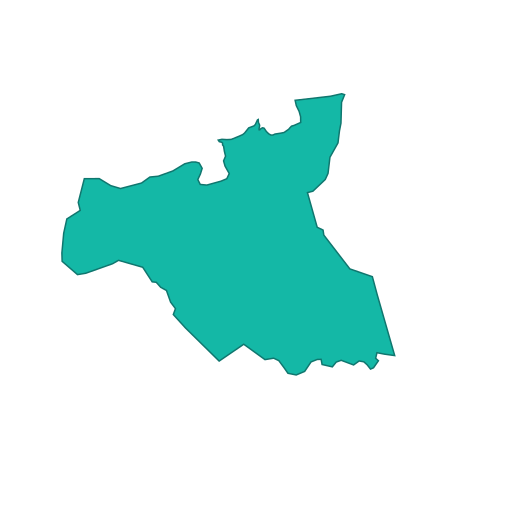 Akpabuyo, Cross River, Nigeria (Natural Earth projection), rotated 56°
{"feature_id": "59680162B58958286313368", "entity_name": "Akpabuyo", "entity_type": "district", "adm_level": 2, "iso_a3": "NGA", "parent_name": "Nigeria", "parent_adm1": "Cross River", "projection": "natural_earth1", "projection_center": [8.451, 4.951], "detail": "fine", "context": "isolated", "style": "filled", "palette": "teal", "viewbox_px": 512, "rotation_deg": 56, "n_neighbors": 0, "source": "geoboundaries", "source_scale": "gbopen_adm2", "svg_char_len": 1762}
<svg xmlns="http://www.w3.org/2000/svg" viewBox="0 0 512 512"><g transform="rotate(56 256 256)"><path d="M171.6,414.4L175.1,406.8L182.2,379.2L182.7,372.4L202.0,356.2L219.4,356.5L222.0,353.4L228.7,352.5L234.5,349.5L246.5,352.6L254.6,352.2L258.3,357.3L276.2,354.7L322.5,345.3L322.3,315.5L346.9,306.5L350.6,298.5L355.5,295.6L364.5,295.2L371.1,295.1L377.1,289.2L378.9,280.2L374.6,269.6L376.0,263.1L378.1,259.8L382.9,261.9L390.6,254.7L388.8,248.8L390.1,243.7L400.9,236.0L400.7,229.2L404.0,225.8L408.3,224.7L413.8,224.3L414.4,221.1L411.3,213.1L407.7,214.0L403.8,209.8L409.1,204.5L416.1,196.7L356.0,177.2L338.2,171.1L319.2,185.4L276.6,188.1L272.0,185.9L266.4,189.2L232.2,177.9L234.1,172.6L231.3,155.8L227.8,150.1L215.5,139.5L208.1,124.8L198.9,116.8L193.4,111.3L176.4,99.1L171.8,92.3L169.4,94.2L165.2,104.9L148.8,136.5L153.9,138.5L160.3,139.4L165.6,141.2L170.3,144.3L169.0,151.5L168.2,153.9L168.7,156.3L169.2,158.0L169.3,163.7L167.9,167.0L165.5,172.1L165.2,174.2L164.1,176.0L161.9,177.1L158.6,177.8L154.6,177.8L153.4,178.8L153.1,180.5L153.5,182.2L153.1,182.8L152.2,182.3L150.0,180.1L149.4,179.8L148.6,179.6L147.1,179.4L146.3,179.1L144.1,177.8L144.0,178.7L146.6,183.0L147.0,184.9L145.7,190.4L147.7,196.8L147.9,199.1L147.2,203.2L145.5,211.3L143.2,215.1L140.2,219.0L138.8,222.5L140.7,222.5L142.6,220.8L143.7,220.6L145.2,221.6L146.9,221.5L151.6,223.7L156.2,225.4L159.0,229.7L164.2,231.4L172.7,232.1L175.6,237.0L174.4,243.1L169.7,257.1L165.5,262.2L160.1,261.5L156.9,256.2L153.2,251.6L147.1,251.1L144.4,253.4L142.2,256.6L139.7,263.5L139.0,277.4L135.2,292.4L131.2,299.8L131.5,310.1L124.3,330.6L116.4,337.1L104.2,342.7L95.9,355.1L112.2,373.4L119.9,376.2L119.5,392.1L129.6,402.7L144.9,415.2L152.0,419.7L171.6,414.4Z" fill="#14b8a6" stroke="#0f766e" stroke-width="1.5"/></g></svg>